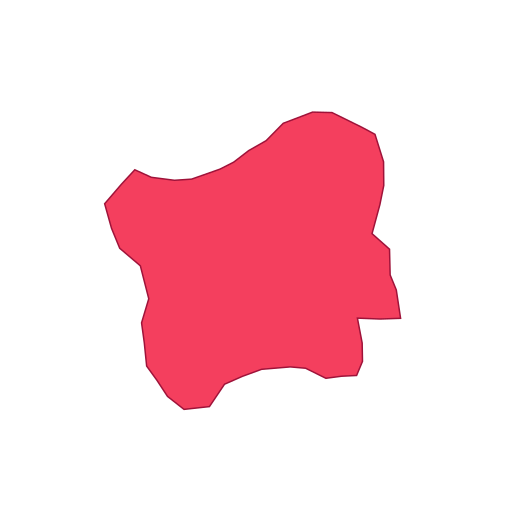 outline of Katokopia, Cyprus, rotated 214°
{"feature_id": "46923920B85367038784493", "entity_name": "Katokopia", "entity_type": "district", "adm_level": 2, "iso_a3": "CYP", "parent_name": "Cyprus", "parent_adm1": "", "projection": "albers", "projection_center": [33.058, 35.168], "detail": "fine", "context": "isolated", "style": "filled", "palette": "rose", "viewbox_px": 512, "rotation_deg": 214, "n_neighbors": 0, "source": "geoboundaries", "source_scale": "gbopen_adm2", "svg_char_len": 732}
<svg xmlns="http://www.w3.org/2000/svg" viewBox="0 0 512 512"><g transform="rotate(214 256 256)"><path d="M101.3,285.2L120.7,306.3L134.2,315.3L149.1,336.3L172.3,339.4L182.0,367.8L189.5,385.9L202.9,405.4L225.4,423.4L240.3,421.9L273.2,417.4L289.6,406.9L307.6,381.3L312.1,357.3L321.0,339.3L327.0,321.3L334.5,307.8L352.4,283.7L365.9,273.2L386.8,262.7L404.7,259.7L407.7,240.2L410.7,214.7L391.3,198.2L373.3,186.2L346.4,183.2L321.0,160.6L313.5,136.6L300.1,121.6L285.1,103.6L268.7,97.6L250.8,90.1L229.9,88.6L210.4,105.1L210.4,132.1L200.0,148.6L188.0,165.2L165.6,183.2L152.1,190.7L129.7,193.7L117.8,204.2L105.8,213.2L108.8,228.2L119.3,243.2L137.2,261.2L117.8,273.2L101.3,285.2Z" fill="#f43f5e" stroke="#9f1239" stroke-width="1.5"/></g></svg>